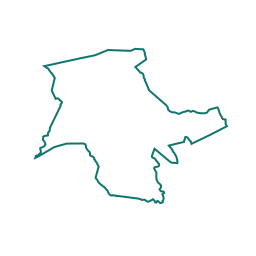 Seabra, Bahia, Brazil (orthographic projection), rotated 167°
{"feature_id": "56859067B75926333171607", "entity_name": "Seabra", "entity_type": "district", "adm_level": 2, "iso_a3": "BRA", "parent_name": "Brazil", "parent_adm1": "Bahia", "projection": "orthographic", "projection_center": [-41.912, -12.388], "detail": "fine", "context": "isolated", "style": "outline", "palette": "teal", "viewbox_px": 256, "rotation_deg": 167, "n_neighbors": 0, "source": "geoboundaries", "source_scale": "gbopen_adm2", "svg_char_len": 4239}
<svg xmlns="http://www.w3.org/2000/svg" viewBox="0 0 256 256"><g transform="rotate(167 128 128)"><path d="M69.7,98.3L48.8,103.0L31.2,107.5L31.6,108.6L31.9,109.7L31.9,110.6L31.5,111.7L31.5,112.8L31.2,113.5L31.0,114.3L32.5,114.9L33.6,115.4L34.1,116.7L34.2,117.8L34.6,118.8L35.0,120.1L35.2,121.2L35.4,122.2L35.5,123.6L35.5,124.9L35.7,125.9L35.9,127.0L36.3,128.0L44.9,127.6L45.7,126.8L46.4,126.4L47.2,125.5L48.5,125.1L49.6,125.1L51.2,125.4L52.2,125.6L53.3,125.9L54.8,126.4L56.3,127.0L57.8,127.8L59.1,129.0L60.0,129.7L61.2,130.1L62.4,129.7L63.6,129.8L64.4,130.9L65.6,131.5L66.8,131.3L67.9,131.2L69.1,131.0L70.3,131.1L71.1,131.1L71.8,130.9L72.8,130.7L73.9,130.5L75.4,130.3L76.2,130.9L77.1,131.5L78.0,132.1L78.9,132.7L80.0,133.0L81.2,133.3L82.0,133.7L82.8,134.5L83.7,135.1L84.1,135.9L84.7,136.8L84.8,137.8L84.6,139.3L85.9,142.0L96.1,156.0L97.5,157.9L98.9,159.8L100.1,166.8L100.3,168.1L100.6,169.4L100.9,170.7L100.6,171.7L101.0,172.6L101.3,173.4L101.1,175.0L101.0,175.9L101.1,177.0L101.6,177.9L102.4,178.8L103.2,179.0L103.7,179.6L104.2,180.6L105.1,182.3L105.5,182.9L107.1,185.8L95.9,190.3L94.9,190.7L94.9,191.7L94.7,192.6L94.9,193.3L94.9,194.1L94.9,194.9L95.1,196.1L94.6,197.7L94.9,198.9L95.2,200.4L95.4,201.2L101.3,202.9L102.2,203.2L103.1,203.5L108.2,202.6L130.0,208.5L143.6,206.3L149.0,206.4L156.1,206.6L177.9,206.9L195.6,207.1L194.4,205.8L193.7,204.8L192.8,204.3L192.2,203.5L192.0,202.8L191.7,201.9L191.2,200.7L190.7,199.5L190.0,198.5L189.5,197.4L189.3,196.6L188.8,195.6L188.7,194.8L188.4,194.1L188.1,193.2L193.9,181.6L191.9,172.7L190.9,172.9L190.0,172.7L189.2,172.1L188.7,171.3L188.3,170.5L187.6,169.7L186.9,169.1L186.6,168.2L186.8,167.4L187.7,166.8L188.6,165.9L188.4,165.1L204.2,145.5L204.5,144.1L204.9,143.0L205.6,142.5L206.4,141.7L207.1,141.0L207.5,139.9L207.7,138.8L208.8,138.8L210.0,139.0L211.5,139.0L212.7,138.5L212.7,137.6L213.1,136.8L213.6,135.6L212.9,134.5L212.5,133.7L212.4,132.9L212.2,131.7L212.1,130.6L212.8,130.1L213.4,129.3L214.5,128.9L215.4,128.6L216.2,128.5L217.0,128.4L218.1,128.1L218.3,126.8L218.1,125.8L218.2,124.9L218.4,123.9L219.3,123.1L220.5,122.5L221.3,121.6L222.5,121.6L223.3,121.7L224.2,121.4L224.5,120.5L225.0,119.8L222.4,120.3L204.0,126.0L202.2,126.1L191.3,126.6L189.2,126.1L188.1,125.9L177.4,123.5L174.8,122.9L174.1,122.2L173.3,121.8L173.1,120.7L173.0,119.5L173.3,118.4L173.0,117.4L172.6,116.3L172.1,115.1L171.5,114.2L170.8,113.2L170.6,111.9L171.1,110.9L171.0,109.7L170.3,109.0L169.3,108.5L168.4,107.6L167.6,106.3L168.0,105.1L167.2,104.0L167.1,102.6L166.4,101.6L166.0,100.5L166.0,99.5L165.7,98.7L165.5,97.9L165.2,97.1L170.8,86.8L170.3,85.6L169.7,84.6L169.4,83.5L169.3,82.5L168.9,81.8L168.4,80.7L167.6,79.6L167.1,78.9L166.4,78.2L165.8,77.1L165.0,76.4L164.3,75.8L163.8,74.8L163.4,73.8L162.9,72.9L162.4,72.1L162.0,71.3L161.9,70.2L161.6,69.2L161.4,68.1L160.6,66.9L159.6,66.0L158.5,66.1L157.9,65.6L156.8,65.6L156.2,65.1L155.2,64.9L154.4,64.1L153.6,64.2L143.2,60.4L136.3,57.8L135.5,57.5L134.4,57.1L133.1,56.5L132.0,56.0L131.0,55.0L130.2,54.7L129.1,54.6L128.1,54.4L127.4,53.9L126.3,52.6L125.4,51.7L124.2,51.7L122.4,52.1L121.0,52.5L119.8,53.0L118.9,51.9L118.4,50.7L118.2,49.5L117.3,49.0L116.4,50.0L115.5,50.3L114.7,49.3L114.1,48.4L113.6,47.8L112.9,47.5L111.9,47.7L110.9,47.8L110.8,49.0L110.1,49.5L109.6,50.4L109.0,51.8L109.2,54.9L109.4,55.7L108.6,56.2L107.4,56.5L107.5,57.7L108.0,58.3L109.2,58.6L110.2,59.0L110.8,60.3L111.0,61.3L110.0,61.8L109.1,63.0L108.8,64.2L109.1,65.3L109.5,66.1L110.2,67.0L111.1,68.3L111.5,70.0L111.7,71.2L111.7,72.1L111.5,73.8L111.0,75.9L110.7,76.8L110.4,77.5L110.4,78.5L110.8,79.5L111.2,81.2L111.6,82.6L111.3,83.4L110.3,83.8L108.6,83.8L107.4,83.6L106.3,84.3L105.9,85.3L105.9,86.3L106.5,87.0L107.1,88.6L107.6,89.3L108.2,90.8L108.5,91.8L109.1,92.6L109.9,92.9L110.6,93.6L111.2,94.6L110.7,95.8L106.8,101.8L101.4,94.6L94.9,86.0L94.1,85.1L93.1,84.4L92.4,84.0L91.5,83.7L90.8,83.9L90.1,83.4L88.9,82.9L87.9,82.7L87.4,83.9L87.4,84.8L87.3,85.9L87.2,86.8L87.4,88.9L87.7,90.6L88.1,91.5L88.4,92.9L89.1,94.2L89.6,95.1L89.6,96.3L90.2,98.0L91.2,99.7L91.7,100.6L92.2,101.7L82.3,101.8L79.2,101.8L76.6,101.8L76.2,102.9L75.7,103.7L75.1,104.5L74.7,105.3L74.3,106.2L73.2,106.1L72.3,105.5L71.7,104.3L71.4,103.4L71.0,102.7L70.7,101.7L69.8,100.8L69.9,99.6L69.7,98.3Z" fill="none" stroke="#0f766e" stroke-width="2"/></g></svg>